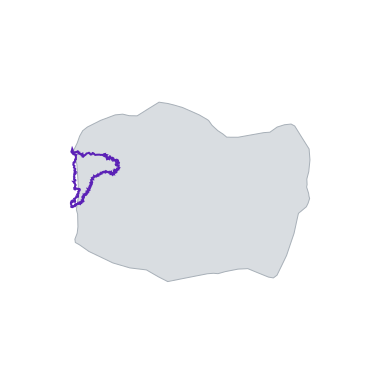 Mphokojoana, Mokhotlong, Lesotho shown in context, rotated 228°
{"feature_id": "5366337B60583276922456", "entity_name": "Mphokojoana", "entity_type": "district", "adm_level": 2, "iso_a3": "LSO", "parent_name": "Lesotho", "parent_adm1": "Mokhotlong", "projection": "orthographic", "projection_center": [29.014, -29.041], "detail": "fine", "context": "in_parent", "style": "outline", "palette": "violet", "viewbox_px": 384, "rotation_deg": 228, "n_neighbors": 0, "source": "geoboundaries", "source_scale": "gbopen_adm2", "svg_char_len": 6953}
<svg xmlns="http://www.w3.org/2000/svg" viewBox="0 0 384 384"><g transform="rotate(228 192 192)"><path d="M244.4,249.0L235.3,251.9L234.0,252.2L228.2,251.5L220.4,252.2L214.3,253.8L209.5,254.5L201.9,262.8L188.0,285.2L184.3,289.9L183.3,298.7L180.1,305.7L176.2,311.1L172.3,312.5L160.6,310.4L145.6,307.8L136.9,301.1L129.0,292.4L124.8,286.0L120.5,282.5L119.0,280.5L112.9,277.7L110.6,276.1L108.5,275.1L106.0,270.8L104.5,267.1L104.9,256.8L100.5,250.6L93.0,240.2L88.2,231.6L81.6,219.9L77.5,209.9L73.3,199.5L73.7,195.0L77.6,191.9L88.9,186.4L97.7,182.2L103.9,174.6L110.6,163.4L113.9,156.7L117.2,153.6L120.9,148.8L127.2,138.3L134.2,126.6L141.7,114.0L151.4,110.3L164.6,106.0L177.2,95.0L192.3,85.7L216.8,75.6L228.2,73.0L232.5,71.5L235.3,73.4L238.2,79.1L242.4,83.9L252.1,92.2L256.2,94.2L266.2,106.5L276.8,114.9L289.1,124.6L297.4,129.5L301.7,130.8L305.2,139.5L308.7,145.9L310.7,151.9L310.3,157.7L306.4,172.0L300.7,186.5L296.2,192.6L290.7,196.4L285.3,202.2L283.3,213.9L280.8,227.6L273.9,233.3L268.4,237.0L260.9,241.6L244.4,249.0Z" fill="#d9dde1" stroke="#a8b0b8" stroke-width="1"/><path d="M270.8,155.5L270.4,154.9L269.8,154.6L269.5,154.2L270.3,154.3L270.7,154.6L271.7,154.1L273.0,155.0L273.4,154.9L273.3,153.7L273.4,153.0L273.1,152.8L272.1,152.7L271.9,152.5L273.0,152.1L272.9,151.4L273.2,150.8L273.5,151.0L273.6,151.9L274.3,152.5L274.5,152.4L274.1,151.9L274.7,151.5L274.9,151.7L274.8,151.9L274.6,151.8L274.5,152.0L275.2,152.3L275.5,151.8L276.1,151.5L275.9,151.9L275.8,152.5L276.0,152.8L276.2,152.3L276.6,152.2L276.6,153.3L277.4,152.7L277.4,151.8L278.4,152.2L278.6,152.6L279.0,152.0L278.8,151.1L279.1,150.8L279.0,150.5L279.9,149.9L280.8,148.8L281.5,148.4L283.5,146.1L284.1,145.1L284.9,144.7L285.9,144.8L286.2,144.5L287.1,144.5L287.5,144.2L287.1,142.6L287.6,141.8L288.6,141.7L288.9,141.9L290.1,141.7L290.3,140.9L291.2,139.4L290.9,137.8L291.1,136.5L291.1,135.3L291.4,135.0L291.2,134.6L291.4,134.5L291.6,134.9L291.7,135.4L291.8,135.1L292.2,135.2L292.2,134.9L292.6,134.7L292.8,135.8L293.3,135.8L293.8,136.2L293.9,135.9L293.6,135.9L293.6,135.5L293.2,135.3L293.1,135.1L293.5,135.1L293.8,134.7L295.1,134.6L295.1,134.2L295.5,134.1L296.0,134.4L296.3,134.3L296.5,133.8L296.9,134.4L297.4,133.8L298.2,134.4L298.6,134.4L298.8,134.2L298.7,133.6L299.0,133.2L299.1,132.8L299.4,132.4L299.4,132.2L299.7,131.9L299.8,131.5L300.1,131.4L300.6,130.3L301.2,130.3L302.2,130.7L302.5,131.1L303.6,131.7L304.2,131.9L303.0,130.1L302.9,129.6L302.4,129.2L299.5,129.1L299.0,129.5L298.4,129.7L297.5,130.7L297.0,130.7L296.6,129.8L295.6,129.1L294.1,127.7L294.5,127.3L294.4,126.9L293.8,126.3L293.5,125.8L292.9,125.4L292.5,124.7L293.2,124.1L293.0,123.4L292.3,122.9L292.0,122.3L291.3,121.9L290.2,122.2L289.6,121.5L289.7,121.4L289.2,120.6L287.3,120.7L286.7,120.0L286.5,119.1L286.1,119.1L286.4,118.9L285.6,118.5L285.2,118.2L285.0,118.4L284.6,118.6L283.6,118.0L283.5,116.9L283.8,116.6L284.2,116.6L283.9,116.2L282.1,114.7L282.1,114.4L281.2,114.2L281.1,113.6L280.5,113.2L280.4,112.9L279.7,112.8L279.0,113.3L278.5,113.0L278.8,111.9L278.3,111.3L278.8,110.8L278.3,110.8L277.4,110.5L277.1,110.5L276.9,110.8L275.9,110.3L275.2,110.3L274.8,109.9L274.9,109.5L274.8,109.2L273.9,108.3L273.9,107.2L272.8,106.5L272.1,106.8L272.1,107.0L272.0,107.5L272.3,107.9L272.2,108.3L271.6,108.4L271.4,108.9L270.3,109.2L270.1,110.0L269.7,110.3L269.1,110.4L268.8,110.2L268.3,109.4L268.4,107.7L267.2,107.1L267.1,106.9L267.3,106.6L266.7,105.9L266.7,105.7L267.1,105.4L267.0,105.0L265.6,104.9L264.8,104.1L265.2,103.3L266.1,103.3L266.2,103.1L265.4,102.1L265.6,101.6L265.4,100.9L265.7,100.2L265.4,100.1L265.5,99.8L264.6,99.6L264.7,99.1L263.9,99.2L263.2,98.9L263.0,98.4L263.9,97.9L264.4,97.5L264.9,97.6L265.7,97.4L265.7,96.8L264.5,96.1L264.7,95.4L265.4,95.4L265.2,95.0L264.1,94.0L262.3,93.4L262.2,92.8L261.8,92.3L261.6,92.3L261.3,92.5L261.2,92.9L260.6,93.2L260.6,93.8L260.8,94.1L260.6,94.2L260.7,94.6L260.4,95.0L260.6,95.4L260.5,95.8L260.8,96.3L260.4,96.4L260.1,96.1L260.1,95.6L259.8,95.6L259.8,96.8L260.1,97.1L260.0,97.6L260.2,97.9L260.4,97.6L260.6,97.8L260.0,98.6L260.0,99.3L259.6,99.1L259.4,99.3L259.5,99.7L259.9,99.7L259.9,99.9L259.6,100.2L258.6,100.2L258.4,100.8L259.0,100.8L259.1,101.1L258.1,101.2L258.3,101.5L259.2,101.8L259.0,102.0L258.4,101.7L258.0,102.2L258.8,102.5L258.3,103.0L258.5,103.5L259.0,102.9L259.1,103.3L258.9,103.7L258.0,104.0L257.9,104.3L258.1,104.4L258.6,104.3L259.1,104.5L258.5,105.0L259.1,105.1L258.7,105.6L259.5,106.1L259.6,105.8L259.8,105.8L260.2,106.3L259.9,106.6L259.9,106.8L260.6,106.9L260.3,107.3L260.4,107.5L261.4,107.2L261.8,107.5L261.7,108.0L260.7,108.5L261.1,108.9L261.7,108.5L261.9,108.6L262.1,108.9L261.4,109.6L261.6,110.0L262.0,110.1L261.2,110.6L261.2,111.0L260.8,111.2L260.8,112.0L261.3,112.1L261.3,112.7L261.5,112.4L261.7,111.9L262.1,111.8L262.0,112.5L261.5,112.7L261.5,113.1L261.7,113.4L263.0,114.0L262.9,114.2L262.2,114.4L261.8,114.8L261.9,115.1L262.5,115.4L262.3,115.8L262.6,115.9L263.1,116.3L263.8,116.5L262.9,117.0L262.1,116.6L262.0,117.0L263.2,117.6L263.4,118.0L262.9,118.2L263.0,118.5L263.7,118.7L264.2,118.7L263.7,119.9L263.8,120.0L264.4,120.0L264.3,120.8L264.6,120.8L264.9,120.4L265.1,120.4L265.4,121.7L265.0,122.0L264.7,122.0L264.7,122.4L265.0,122.5L265.6,122.2L266.3,123.1L266.6,123.0L266.6,122.5L266.9,122.6L266.9,122.9L266.1,123.6L265.6,123.7L266.0,124.4L266.4,124.5L267.0,124.1L267.8,124.9L268.4,125.0L268.3,125.7L268.1,126.0L268.5,126.1L268.6,126.3L268.4,126.7L268.0,127.0L268.8,127.2L269.0,127.6L269.3,127.5L269.2,128.1L268.5,128.8L268.7,129.5L269.4,130.0L268.6,130.3L268.3,130.9L267.9,130.8L267.7,130.9L267.8,131.2L268.1,131.7L267.5,132.4L268.1,132.4L268.1,132.7L267.3,132.7L267.4,133.3L267.0,133.7L267.5,134.1L267.1,134.2L267.3,134.7L266.7,135.4L267.1,136.2L266.7,136.2L266.8,136.7L266.3,137.0L267.0,137.7L266.2,138.4L266.2,138.7L266.5,139.2L266.2,139.7L265.6,139.8L265.8,140.5L265.2,141.0L264.8,141.0L265.2,141.6L265.2,142.0L264.6,142.2L264.1,141.9L264.0,142.4L263.4,142.6L262.9,143.0L262.6,143.0L262.5,144.0L262.3,144.2L262.1,143.7L262.2,143.2L261.6,143.4L261.6,144.1L260.6,144.3L261.2,144.8L261.1,145.3L259.8,144.2L259.6,143.6L259.3,143.9L259.7,144.6L259.5,145.2L258.6,144.7L258.6,144.4L257.8,144.5L258.2,145.8L257.7,146.0L258.3,146.3L259.3,147.4L259.5,147.9L259.3,148.0L260.0,148.3L259.8,148.5L259.1,148.1L258.6,148.2L258.5,147.3L258.1,147.2L257.5,148.0L257.4,148.8L257.8,148.8L258.1,148.3L258.4,148.5L258.8,149.3L259.1,149.3L259.6,148.7L259.9,148.8L260.3,149.3L258.6,150.0L258.0,150.7L258.3,151.5L258.5,151.4L258.7,150.6L259.2,150.6L259.6,152.1L259.2,152.6L258.6,152.8L259.0,153.1L258.3,153.0L258.6,154.1L259.1,153.9L259.6,154.0L260.8,155.4L261.1,155.2L261.6,154.0L262.8,153.5L263.6,153.8L263.6,154.0L263.4,154.2L262.4,154.2L262.2,154.5L262.5,155.1L263.2,155.4L263.6,155.9L263.1,156.8L262.5,157.1L262.6,157.3L264.2,157.4L264.9,158.0L265.5,157.5L265.9,157.9L266.4,157.7L266.7,156.9L265.7,156.3L265.6,155.9L267.0,156.6L267.3,156.1L267.3,155.5L267.5,155.1L268.0,155.3L268.3,155.8L269.1,155.5L269.7,156.1L270.6,155.9L270.8,155.5Z" fill="none" stroke="#5b21b6" stroke-width="2"/></g></svg>